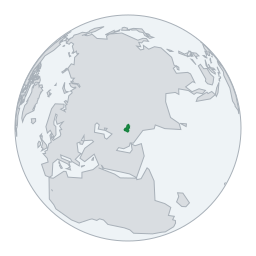 globe centered on Farah, rotated 304°
{"feature_id": "AFG-1749", "entity_name": "Farah", "entity_type": "Province", "adm_level": 1, "iso_a3": "AFG", "parent_name": "Afghanistan", "parent_adm1": "", "projection": "orthographic", "projection_center": [62.843, 32.453], "detail": "fine", "context": "on_globe", "style": "filled", "palette": "green", "viewbox_px": 256, "rotation_deg": 304, "n_neighbors": 0, "source": "natural_earth", "source_scale": "10m", "svg_char_len": 11484}
<svg xmlns="http://www.w3.org/2000/svg" viewBox="0 0 256 256"><g transform="rotate(304 128 128)"><circle cx="128" cy="128" r="113" fill="#eef3f6" stroke="#a8b0b8"/><path d="M144.4,16.6L145.3,16.7L155.4,19.5L160.8,20.9L157.8,20.4L169.6,23.8L176.4,27.0L167.3,23.2L165.3,22.7L169.3,24.5L168.1,24.5L169.3,25.4L167.6,25.3L162.3,23.4L161.1,23.4L164.0,24.7L164.0,25.7L160.0,23.6L159.6,25.2L150.9,23.0L141.4,18.8L135.2,18.6L121.8,17.3L121.6,17.7L116.4,18.0L114.3,18.7L112.4,18.5L112.3,19.3L114.5,19.4L115.1,19.8L114.1,20.3L111.5,20.1L111.6,19.8L110.3,20.0L109.5,19.8L109.3,20.2L106.3,20.1L107.7,21.0L103.9,21.7L102.4,21.4L104.7,20.3L106.7,17.9L105.8,17.8L102.3,18.4L91.2,21.7L89.3,22.2L85.8,23.6L93.8,20.7L102.0,18.4L110.4,16.7L118.9,15.7L127.4,15.4L135.9,15.6L144.4,16.6ZM85.3,23.8L88.5,22.7L87.6,23.4L91.6,22.2L91.8,22.5L95.0,22.0L92.3,23.4L87.8,25.1L84.9,25.7L82.9,26.5L83.7,27.2L76.6,29.8L68.9,34.5L67.3,35.2L67.5,33.9L72.2,30.5L72.5,30.0L85.3,23.8ZM72.2,30.2L70.0,31.8L66.0,34.0L64.4,35.1L63.3,36.0L63.8,35.8L62.0,37.0L63.6,35.6L65.5,34.3L64.9,34.7L66.9,33.4L72.2,30.2ZM164.9,22.1L162.6,21.2L165.2,22.1L164.9,22.1ZM169.8,25.6L170.8,25.9L171.1,26.3L169.8,25.6ZM96.3,21.4L95.7,21.7L95.4,21.6L96.3,21.4ZM98.4,20.9L98.5,20.6L99.5,20.3L99.4,20.5L98.4,20.9ZM168.5,26.6L168.5,27.3L167.6,26.2L168.5,26.6ZM98.0,21.4L101.2,19.9L103.0,19.6L104.0,20.1L98.0,21.4ZM168.0,27.4L168.1,29.4L170.4,30.2L164.0,29.4L166.0,27.8L164.5,26.3L166.5,27.3L168.0,27.4ZM115.6,19.2L113.3,19.1L116.2,18.7L115.6,19.2ZM117.3,18.8L125.2,17.5L128.1,18.0L124.9,18.2L129.4,18.7L126.9,19.6L123.8,19.6L122.5,19.0L122.6,19.8L117.3,18.8ZM160.4,28.8L159.7,29.1L159.5,28.4L160.4,28.8ZM115.6,20.0L117.0,19.5L119.6,19.9L117.3,20.8L117.2,20.4L115.6,20.0ZM131.8,18.5L133.3,19.1L131.7,19.9L132.1,20.3L127.1,19.7L131.8,18.5ZM116.1,20.6L116.1,21.3L114.0,21.7L114.5,20.4L116.1,20.6ZM121.2,19.7L122.3,19.9L121.0,20.1L121.2,19.7ZM106.2,23.7L107.8,23.0L109.3,23.1L106.2,23.7ZM116.3,21.6L117.1,21.5L117.8,21.5L117.4,22.1L116.3,21.6ZM126.3,20.4L125.3,20.7L128.3,20.7L127.2,21.5L124.0,21.0L124.9,21.5L124.6,21.8L122.4,21.1L126.3,20.4ZM119.3,22.7L114.9,22.7L111.7,23.8L110.2,23.7L115.7,21.9L119.3,22.7ZM121.3,21.8L119.7,22.3L118.8,21.8L119.2,21.2L121.3,21.8ZM127.6,22.2L130.1,21.1L130.7,21.3L127.6,22.2ZM118.5,23.1L119.6,23.2L118.4,23.3L118.5,23.1ZM125.0,22.6L125.8,22.1L126.5,22.3L125.0,22.6ZM121.1,23.7L119.7,23.6L120.0,23.1L121.1,23.7ZM123.0,23.2L123.8,23.6L120.9,23.0L123.3,23.0L123.0,23.2ZM125.5,22.8L126.2,22.8L125.1,23.0L125.5,22.8ZM120.8,25.7L117.2,25.0L117.8,23.9L121.3,24.7L120.8,25.7ZM20.2,132.6L20.6,113.5L22.9,109.4L25.1,102.5L42.8,90.2L44.5,94.1L56.2,99.0L57.3,100.9L53.7,105.7L60.7,117.8L65.5,114.6L74.0,122.3L81.1,124.4L87.4,114.6L75.9,110.9L76.1,105.0L87.0,103.5L97.4,107.1L97.8,105.0L93.0,98.7L97.2,95.7L91.6,96.2L92.5,98.8L89.0,99.4L87.9,97.1L89.5,96.0L86.9,94.2L80.2,100.1L80.5,103.3L72.5,101.8L72.1,107.2L69.3,108.7L68.9,100.1L70.3,97.6L68.0,87.2L65.8,89.6L67.8,99.7L66.4,98.3L63.3,102.1L64.5,98.1L62.9,87.0L56.9,85.3L46.1,91.7L43.3,90.4L42.4,86.1L49.6,76.6L55.1,80.8L57.7,78.0L59.3,71.9L60.8,73.9L62.2,72.1L64.5,73.5L70.5,71.2L73.3,72.3L78.3,67.3L80.4,67.4L76.9,70.2L75.9,73.0L83.2,76.3L85.3,75.8L88.0,72.4L89.7,73.9L91.3,70.3L96.8,70.8L91.5,67.2L94.5,63.6L99.2,62.0L99.2,60.3L91.5,63.1L89.3,64.8L88.9,67.3L82.1,72.1L79.0,71.9L82.6,64.8L78.7,64.0L83.2,59.2L101.2,53.9L107.3,54.1L112.0,61.7L109.0,63.5L105.9,61.6L106.4,66.7L107.5,64.7L108.9,66.1L112.1,63.4L113.2,64.3L114.3,60.4L116.1,61.2L115.3,63.7L121.6,60.9L125.9,62.0L126.8,61.0L126.4,59.6L132.2,62.3L132.5,61.4L130.8,60.2L130.5,57.7L132.1,54.6L133.9,55.7L133.6,56.9L135.8,61.5L134.6,65.0L135.6,65.1L137.0,62.4L134.4,56.8L134.8,54.6L136.5,57.0L135.9,56.0L136.7,55.3L139.3,55.7L137.6,53.0L143.9,44.8L149.5,45.1L150.3,47.9L156.7,44.3L162.5,45.6L160.9,44.3L162.9,42.2L161.1,41.7L160.4,41.0L164.7,36.1L167.2,36.0L167.2,33.1L166.4,32.6L164.5,32.4L164.0,29.4L170.4,30.2L171.9,31.4L174.9,31.4L178.0,34.1L181.9,36.7L183.6,40.2L186.5,42.1L187.3,41.9L192.0,44.7L198.7,51.5L189.6,46.7L178.9,38.0L182.9,41.5L180.9,41.0L181.7,42.6L184.7,45.2L185.7,45.2L184.9,52.2L190.0,61.0L192.2,58.8L195.6,60.2L203.3,69.8L206.3,87.1L210.8,90.3L212.4,93.3L211.3,96.5L209.0,92.1L206.2,91.8L205.0,89.0L202.5,93.1L200.8,89.4L199.7,94.7L202.2,97.0L205.1,94.5L204.9,101.1L210.2,104.5L212.9,110.6L211.0,124.7L205.9,131.0L206.0,133.2L202.9,132.1L200.4,137.5L207.5,146.4L207.8,149.6L203.0,158.0L202.6,155.7L194.3,152.8L193.9,160.8L200.2,164.9L202.5,171.2L198.1,170.6L195.7,165.1L192.8,163.9L192.8,157.1L188.8,148.1L184.3,151.4L183.9,147.3L177.7,140.2L170.8,144.5L160.5,157.4L160.4,167.8L156.3,172.7L148.1,158.9L145.8,148.9L142.0,150.1L134.3,141.7L118.4,140.9L116.9,138.1L113.7,139.2L108.4,136.0L106.5,131.2L103.0,131.1L108.3,143.5L112.2,143.7L116.6,139.5L117.3,143.8L122.5,147.8L113.8,157.1L91.6,162.8L90.8,154.9L81.0,130.3L82.1,128.0L82.1,127.7L82.1,127.1L79.7,130.8L78.5,125.9L82.3,142.8L82.3,149.4L91.2,163.2L90.1,164.2L93.3,167.2L105.6,166.1L105.4,168.6L98.7,179.2L83.0,190.9L85.9,200.7L86.1,207.9L78.1,210.4L80.7,215.8L76.9,216.3L77.8,219.0L75.8,220.6L71.7,221.1L62.7,217.0L60.7,214.5L53.9,207.5L43.9,191.5L44.6,186.4L43.2,180.9L36.8,165.3L38.1,159.2L36.8,155.2L33.9,153.8L32.5,149.0L30.9,147.5L21.9,140.6L20.2,132.6ZM34.4,98.9L33.4,100.8L34.4,98.9ZM106.9,116.6L114.1,118.1L113.3,110.8L116.0,110.9L114.8,108.5L113.2,110.3L110.5,103.9L114.5,102.4L114.9,99.4L112.5,98.8L105.7,102.6L109.5,111.6L106.8,114.1L106.9,116.6ZM65.9,34.1L65.7,34.3L64.3,35.3L64.4,35.1L65.9,34.1ZM61.3,38.8L58.5,40.7L60.6,39.1L60.2,39.1L64.1,35.8L66.7,35.5L64.8,36.1L61.3,38.8ZM70.1,31.8L67.3,33.7L70.3,31.7L70.1,31.8ZM67.3,61.6L67.2,63.4L65.0,65.0L61.5,64.3L64.7,61.9L67.3,61.6ZM67.6,65.7L72.1,59.3L74.5,59.7L72.4,60.5L73.5,61.4L70.4,63.0L68.3,70.0L66.2,71.9L60.8,69.1L63.7,68.9L63.6,67.0L67.6,65.7ZM79.5,44.7L81.5,42.7L84.1,46.1L81.9,47.7L78.3,46.9L78.7,44.6L79.5,44.7ZM99.1,23.0L99.7,22.5L100.4,22.5L100.5,22.9L99.1,23.0ZM106.8,23.4L97.3,25.4L97.5,24.9L91.6,27.1L89.9,26.6L93.7,25.1L88.0,26.5L90.8,25.0L86.8,26.2L95.6,23.0L97.8,21.9L96.0,23.2L97.5,23.7L98.9,23.5L104.4,22.5L110.0,20.6L112.4,21.0L112.6,21.8L111.7,22.3L110.4,21.8L110.0,22.9L107.4,22.6L106.8,23.4ZM113.8,34.6L112.8,33.2L111.5,36.4L108.9,35.6L109.0,36.1L106.2,36.3L102.9,37.4L102.1,36.9L101.2,37.6L99.3,37.9L97.8,38.7L95.7,38.0L93.7,39.1L93.8,38.2L90.9,40.2L92.1,38.4L89.9,38.8L89.8,40.3L82.4,36.0L78.2,36.1L74.1,37.2L76.8,34.4L82.5,31.7L89.0,29.8L92.6,30.4L93.2,29.2L95.1,29.1L93.8,30.1L96.9,28.7L98.1,28.9L104.0,28.1L107.6,26.1L109.9,25.9L109.0,26.8L111.8,26.0L111.8,27.6L113.4,27.6L114.9,29.3L112.4,31.3L114.4,31.1L115.7,32.6L113.8,34.6ZM121.1,26.2L118.7,28.5L116.1,29.3L114.5,26.0L113.1,25.9L112.0,24.1L115.8,23.1L115.7,23.6L116.6,24.0L115.1,24.2L116.9,24.3L116.9,25.1L118.4,25.5L117.2,26.1L121.1,26.2ZM59.9,99.7L60.9,100.6L63.0,101.4L61.1,103.9L59.9,99.7ZM58.6,92.1L59.8,92.3L58.1,96.0L57.0,95.2L58.6,92.1ZM61.8,89.5L60.0,92.1L60.3,90.2L61.8,89.5ZM78.1,70.4L79.6,70.5L79.2,71.4L77.7,72.4L78.1,70.4ZM109.6,45.1L109.4,43.9L110.2,43.7L112.0,41.1L114.0,41.7L113.8,43.4L109.6,45.1ZM84.7,115.8L81.8,117.2L81.1,115.9L82.2,115.7L84.7,115.8ZM70.3,110.6L72.9,113.2L69.7,111.3L70.3,110.6ZM112.1,45.2L112.6,44.1L113.4,45.1L112.1,45.2ZM115.6,41.9L116.7,42.9L114.5,41.4L115.6,41.9ZM135.9,239.1L137.4,239.3L135.5,239.4L135.9,239.1ZM104.7,209.9L100.3,220.8L95.1,220.0L93.0,216.5L93.9,209.6L99.5,208.4L102.0,205.3L104.7,209.9ZM220.2,177.0L222.0,176.1L221.9,176.5L220.2,177.0ZM218.4,176.9L220.6,175.6L217.9,178.1L218.4,176.9ZM221.4,175.0L223.7,172.6L224.6,171.2L224.4,172.3L221.4,175.0ZM216.8,177.9L207.5,182.9L203.6,183.6L204.7,181.6L211.1,179.0L216.8,177.9ZM204.4,181.7L198.1,179.9L188.2,169.7L191.8,168.8L201.9,173.4L201.3,175.1L205.1,177.0L204.4,181.7ZM218.8,166.2L218.1,170.7L213.1,173.2L210.8,173.7L209.2,169.2L210.1,166.0L212.1,165.1L218.8,151.6L221.3,152.4L219.5,157.7L221.5,160.2L218.8,166.2ZM161.0,168.6L164.1,174.1L161.7,175.4L161.0,168.6ZM220.7,143.1L218.5,149.0L220.3,141.8L220.7,143.1ZM221.3,136.8L221.8,138.8L220.4,137.5L221.3,136.8ZM206.7,136.2L204.6,137.8L204.2,136.2L206.6,133.4L206.7,136.2ZM215.0,115.8L216.4,120.4L216.5,122.2L214.9,120.0L215.0,115.8ZM130.5,50.0L125.7,52.8L123.6,55.6L124.6,58.2L121.1,55.9L124.4,51.6L130.5,50.0ZM142.1,45.2L141.2,43.2L142.9,43.5L143.3,44.0L142.1,45.2ZM140.6,44.4L137.0,43.2L137.4,41.8L140.1,43.0L140.6,44.4ZM124.4,43.8L122.9,44.5L122.3,43.6L124.4,43.8ZM215.4,199.1L203.7,210.9L201.6,212.1L204.1,209.5L206.0,204.4L206.9,203.9L208.8,199.6L218.0,190.2L225.1,178.1L228.0,175.6L231.5,167.1L233.8,164.2L231.9,170.0L232.7,169.5L236.9,156.2L236.1,159.7L233.2,168.2L229.7,176.4L225.6,184.3L220.8,191.9L215.4,199.1ZM224.6,174.1L227.4,169.0L228.6,167.6L224.6,174.1ZM238.6,149.6L238.5,149.1L237.4,154.0L235.5,157.6L236.3,154.8L236.4,152.4L233.7,155.3L233.1,154.2L234.3,151.5L232.2,152.5L234.6,148.8L235.3,151.6L236.5,146.9L238.1,144.7L239.2,143.1L239.5,143.5L239.3,145.3L239.2,145.9L238.6,149.6ZM234.1,157.5L234.4,157.0L234.0,158.6L234.1,157.5ZM239.8,141.9L239.7,142.3L240.0,140.0L239.8,141.9ZM240.4,135.0L240.4,134.8L240.4,134.7L240.4,135.0ZM229.2,159.5L229.0,160.7L228.3,160.5L229.2,159.5ZM230.2,157.9L232.2,157.0L230.0,159.1L230.2,157.9ZM222.8,160.2L223.6,162.3L226.0,158.8L224.2,162.6L225.5,165.6L224.9,167.6L223.6,164.2L222.6,169.4L221.5,170.1L221.2,166.5L222.4,160.7L223.5,157.8L227.8,153.6L222.8,160.2ZM230.3,154.8L229.7,152.3L230.1,149.8L230.8,150.9L230.3,154.8ZM227.5,146.5L225.4,144.3L223.9,146.9L226.5,139.3L228.2,142.7L227.5,146.5ZM225.1,139.7L223.7,142.2L224.8,138.0L225.1,139.7ZM223.1,141.2L222.5,138.8L223.8,138.3L223.1,141.2ZM225.9,139.2L225.4,134.7L226.5,136.8L225.9,139.2ZM220.9,133.5L224.4,135.8L220.5,136.5L218.5,128.3L220.0,127.1L220.9,133.5ZM217.2,93.9L215.7,91.8L216.6,90.3L217.3,92.1L217.2,93.9ZM217.9,84.1L216.3,89.2L214.8,93.7L216.1,94.0L217.4,98.5L214.4,95.9L214.1,89.9L215.6,87.3L214.1,83.7L214.1,80.2L211.4,76.5L210.8,74.2L213.7,76.9L217.9,84.1ZM210.1,75.0L205.5,68.1L207.8,67.2L209.4,68.5L210.5,71.9L209.2,72.2L210.1,75.0ZM205.0,66.3L203.7,66.6L194.0,58.8L192.6,57.0L201.2,61.9L200.4,62.6L202.4,64.8L205.0,66.3ZM160.8,29.5L159.8,29.1L160.9,29.2L160.8,29.5ZM159.4,40.8L158.8,39.8L160.1,39.8L159.4,40.8ZM157.7,37.2L156.6,37.9L157.0,36.7L157.7,37.2ZM154.4,39.7L155.8,38.0L155.6,40.3L154.4,39.7Z" fill="#d9dde1" stroke="#a8b0b8" stroke-width="1"/><path d="M125.9,130.1L124.7,129.9L124.6,129.7L124.6,129.4L124.6,129.2L124.6,128.9L124.6,128.7L124.7,128.4L124.5,127.9L124.3,126.9L124.2,126.8L124.2,126.6L124.3,126.6L124.6,126.2L124.7,125.9L124.8,125.9L125.0,125.9L125.2,126.0L125.4,126.0L125.6,126.0L125.8,126.0L125.8,125.9L126.0,125.9L126.3,126.0L126.3,126.3L126.2,126.3L126.3,126.5L126.2,126.7L126.2,126.8L126.1,127.0L126.3,127.2L126.3,127.3L126.5,127.2L126.6,127.3L126.8,127.3L127.0,127.2L127.3,126.9L127.5,126.8L127.8,126.8L127.8,126.7L128.1,126.6L128.3,126.6L128.4,126.4L128.5,126.3L129.1,126.3L129.2,126.2L129.3,126.2L129.6,126.1L129.7,125.9L129.8,125.9L129.9,126.0L130.0,126.1L130.1,126.3L130.2,126.5L130.3,126.6L130.5,126.7L130.7,126.4L130.8,126.3L131.0,126.3L131.1,126.5L130.9,126.8L130.8,127.0L130.6,127.2L130.5,127.3L130.4,127.4L130.4,127.5L130.2,127.7L130.2,127.8L130.0,127.7L129.9,127.8L130.0,128.0L129.9,128.0L129.7,128.2L129.6,128.3L129.6,128.2L129.5,128.3L129.4,128.4L129.2,128.5L128.8,128.4L128.6,128.4L128.4,128.5L128.4,128.8L128.2,128.9L127.9,129.0L127.6,128.8L127.5,128.7L127.4,128.7L127.3,128.8L126.6,128.8L126.6,129.0L126.4,129.1L126.4,129.3L126.2,129.6L126.0,129.8L125.9,129.9L126.0,129.9L126.0,130.0L125.9,130.0L125.9,130.1Z" fill="#22c55e" stroke="#15803d" stroke-width="1.5"/></g></svg>